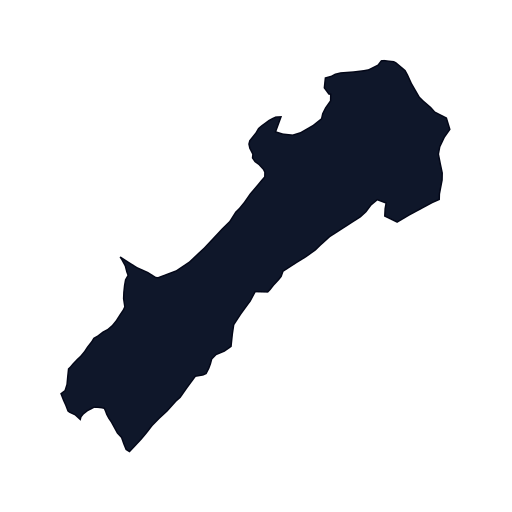 the district of Rania, As-Sulaymaniyah, Iraq, rotated 96°
{"feature_id": "34846034B64750454445952", "entity_name": "Rania", "entity_type": "district", "adm_level": 2, "iso_a3": "IRQ", "parent_name": "Iraq", "parent_adm1": "As-Sulaymaniyah", "projection": "albers", "projection_center": [44.943, 36.167], "detail": "fine", "context": "isolated", "style": "filled", "palette": "ink", "viewbox_px": 512, "rotation_deg": 96, "n_neighbors": 0, "source": "geoboundaries", "source_scale": "gbopen_adm2", "svg_char_len": 2275}
<svg xmlns="http://www.w3.org/2000/svg" viewBox="0 0 512 512"><g transform="rotate(96 256 256)"><path d="M413.3,435.5L419.7,432.2L424.1,429.6L429.8,426.7L430.8,425.0L432.8,419.2L436.9,413.7L434.2,413.3L431.1,411.3L427.4,407.5L423.3,401.3L423.0,397.5L423.0,393.8L423.3,390.9L426.3,389.2L429.0,387.9L432.7,385.4L436.1,382.5L446.5,375.3L450.5,370.7L456.6,367.8L462.0,364.9L463.7,361.4L450.1,351.1L443.4,346.6L435.3,341.6L427.5,335.4L419.4,328.3L408.5,320.4L404.5,316.7L394.0,310.9L381.9,303.8L379.8,296.3L378.1,293.4L372.7,291.3L368.0,290.1L363.0,289.3L358.2,285.5L353.9,277.6L348.5,271.4L336.0,271.4L326.6,271.0L315.1,265.1L303.7,258.5L301.6,257.2L291.5,253.1L290.5,240.6L287.8,238.5L283.1,235.6L280.5,233.6L277.0,231.0L273.7,228.9L268.3,227.6L258.2,215.1L251.5,206.4L243.7,197.6L238.7,193.5L228.9,184.7L221.2,175.1L212.8,164.7L206.1,156.3L200.4,151.3L193.3,147.1L187.3,141.3L189.7,132.1L195.4,132.5L202.8,132.1L207.5,119.2L199.1,107.9L184.3,86.2L180.6,79.7L175.1,80.1L161.0,78.9L154.0,79.5L145.0,82.4L135.6,85.3L128.1,84.7L122.8,82.8L118.2,81.2L109.8,76.5L98.9,81.1L95.6,89.8L95.5,90.0L94.2,93.4L90.4,97.5L84.3,106.2L81.0,110.3L68.2,119.6L60.2,124.3L56.0,127.2L49.3,137.1L48.4,139.4L48.4,144.7L48.3,148.8L48.8,151.7L53.5,154.6L59.1,163.4L60.5,168.1L62.8,178.1L65.1,190.9L67.0,196.2L69.4,199.7L71.7,205.6L81.6,205.6L87.3,200.4L87.3,198.6L93.9,198.0L101.4,202.2L107.5,204.5L112.7,205.1L120.2,212.7L128.7,224.4L132.0,232.1L132.0,242.0L130.5,249.6L115.0,245.7L115.8,250.8L117.5,253.7L119.8,257.1L125.9,263.8L128.9,266.7L133.6,268.8L142.0,274.2L145.4,274.7L149.4,273.4L155.1,269.7L158.8,269.7L162.2,266.8L164.6,262.6L169.0,257.6L171.7,255.9L176.4,255.5L180.7,258.5L185.1,261.4L194.9,268.1L204.0,273.1L210.4,277.3L214.4,280.6L224.5,285.6L232.6,292.3L253.5,308.1L259.2,313.1L269.0,321.5L279.1,333.6L287.9,351.1L287.9,353.6L283.8,361.9L280.1,373.2L275.4,382.8L271.2,391.0L273.4,389.1L279.5,384.9L285.2,382.8L288.6,381.1L293.3,383.2L299.0,383.6L305.8,383.6L312.2,383.2L320.3,381.1L323.7,382.3L328.4,384.8L335.2,388.2L340.2,391.5L344.6,395.6L347.7,400.2L352.1,404.8L354.8,408.6L358.2,410.2L364.3,414.0L369.0,416.4L374.1,419.8L377.4,422.7L382.2,426.4L385.9,428.9L387.9,430.6L395.4,430.6L403.5,430.5L409.9,431.8L413.3,435.5Z" fill="#0f172a" stroke="#020617" stroke-width="1.5"/></g></svg>